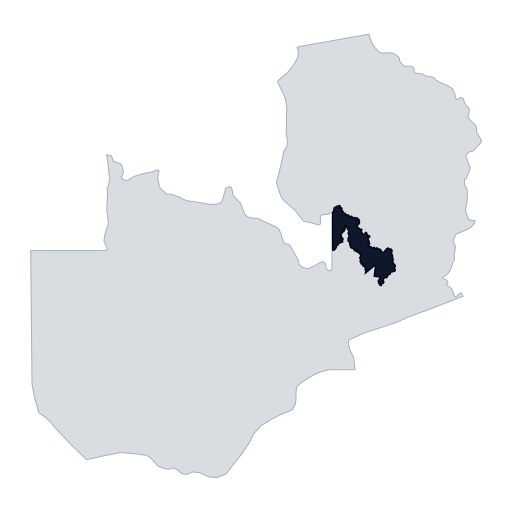 Chitambo, Central, Zambia shown in context
{"feature_id": "96606910B62371668778538", "entity_name": "Chitambo", "entity_type": "district", "adm_level": 2, "iso_a3": "ZMB", "parent_name": "Zambia", "parent_adm1": "Central", "projection": "natural_earth1", "projection_center": [30.302, -12.89], "detail": "fine", "context": "in_parent", "style": "filled", "palette": "ink", "viewbox_px": 512, "rotation_deg": 0, "n_neighbors": 0, "source": "geoboundaries", "source_scale": "gbopen_adm2", "svg_char_len": 9518}
<svg xmlns="http://www.w3.org/2000/svg" viewBox="0 0 512 512"><path d="M355.1,369.6L329.5,369.7L320.2,372.0L312.5,375.6L303.4,381.2L298.2,385.1L296.7,387.3L296.0,392.1L296.0,399.5L295.1,404.8L292.4,409.7L278.5,415.6L269.5,420.4L260.6,426.1L253.9,433.5L249.4,442.6L241.8,453.9L225.9,474.0L216.7,477.8L209.0,476.9L199.6,472.7L192.2,471.9L186.7,474.5L181.7,473.7L177.0,469.5L173.1,468.0L169.9,469.1L165.9,468.9L158.5,466.6L152.0,459.4L148.6,456.4L145.9,455.3L138.2,454.1L120.7,452.5L102.5,456.1L86.5,459.7L70.1,443.7L54.2,426.7L50.9,422.5L44.9,416.8L40.6,414.0L38.9,412.6L34.5,397.5L32.0,383.7L30.7,250.6L102.6,250.6L107.2,250.0L107.4,248.6L104.0,241.5L104.2,239.0L105.0,234.1L108.1,224.5L108.3,221.3L106.8,210.8L106.9,205.0L107.6,193.1L107.1,189.1L108.8,183.8L109.3,180.2L110.0,178.7L109.1,174.7L107.6,160.6L106.7,154.7L111.1,155.6L112.5,158.5L113.3,161.7L115.3,161.8L120.4,163.7L122.2,166.3L123.4,172.0L122.7,174.9L121.1,177.2L122.8,179.3L126.2,180.6L128.2,180.2L133.9,176.4L139.3,174.9L142.0,173.9L153.9,171.4L156.2,170.0L157.9,170.0L159.1,171.1L158.0,175.1L157.7,178.7L159.2,185.4L160.3,188.5L162.8,190.8L164.6,192.0L166.6,194.4L170.7,194.0L179.9,197.4L182.6,199.0L186.5,200.5L189.2,201.1L198.6,202.3L208.5,204.2L213.6,204.4L217.3,203.9L219.8,203.0L221.4,201.9L222.1,200.9L225.8,188.2L227.7,187.2L230.2,186.6L231.6,187.7L233.2,195.7L240.4,203.0L242.9,209.1L244.7,214.3L246.2,215.7L249.0,217.5L253.3,218.1L257.2,218.3L276.5,227.2L278.6,228.8L281.0,233.6L282.4,238.9L284.0,243.1L286.5,244.0L288.7,244.3L290.9,247.2L292.5,249.7L298.3,260.2L299.1,264.4L301.9,267.1L305.6,268.3L309.1,268.5L311.1,267.2L316.0,265.1L319.9,262.6L322.7,261.7L324.3,262.3L325.6,264.0L326.4,269.2L329.2,271.0L331.2,270.3L331.9,268.2L332.0,267.2L331.9,212.5L330.2,212.9L327.9,214.4L322.8,214.6L320.8,215.8L320.2,217.5L320.6,219.8L320.7,222.9L320.0,224.3L317.7,224.9L314.5,223.7L308.6,222.2L303.7,221.2L300.2,217.1L295.5,210.9L292.3,207.8L284.8,201.4L283.5,200.1L281.3,197.0L279.3,191.9L277.4,186.0L276.4,182.2L278.2,176.4L282.6,157.5L283.6,151.6L287.2,145.6L287.5,140.2L286.0,133.4L286.3,129.6L286.8,107.9L285.8,101.0L283.3,93.4L277.9,82.9L277.9,80.6L286.2,73.7L288.7,71.2L293.1,65.6L296.0,60.9L297.9,57.0L298.5,52.1L297.1,47.4L300.0,46.4L368.9,34.2L369.8,37.5L371.9,42.9L374.3,46.8L377.3,50.3L379.8,52.4L381.4,53.0L392.1,52.8L395.9,54.9L399.2,57.6L400.0,61.7L402.2,64.3L404.5,66.4L405.6,66.6L407.3,66.1L410.1,66.1L412.8,67.0L414.0,67.9L414.1,71.4L414.9,72.9L418.5,73.5L422.2,73.8L425.7,76.1L429.5,76.6L433.9,77.5L436.0,80.1L440.7,82.7L446.4,85.0L452.7,88.8L452.9,90.0L453.9,92.3L455.0,93.9L455.1,96.3L455.7,98.5L457.3,99.1L458.6,99.2L459.9,97.6L461.5,97.6L463.4,98.7L464.0,101.2L465.5,104.7L467.8,107.0L469.4,109.3L468.8,113.4L467.8,117.2L471.0,120.9L475.1,124.5L476.2,126.0L476.5,131.3L477.1,133.1L479.9,137.5L481.3,140.4L481.2,142.1L473.6,150.7L469.0,152.1L467.0,153.8L465.8,155.7L468.7,164.3L470.3,167.6L469.0,171.7L466.0,178.7L464.6,179.3L464.4,184.6L465.3,186.5L466.7,188.0L467.3,191.6L467.2,200.5L465.3,210.6L468.6,219.4L469.8,220.3L474.5,220.4L475.3,221.2L474.1,223.7L470.8,227.5L464.9,230.6L456.3,233.9L454.5,237.1L453.4,241.7L454.3,244.4L455.4,246.0L455.1,250.0L454.3,254.3L454.6,257.7L454.2,260.7L453.0,262.1L451.5,266.6L449.7,271.1L448.2,273.2L446.1,275.3L442.7,277.1L442.7,278.0L446.6,280.1L447.5,281.5L447.9,282.5L446.3,284.8L448.1,286.2L450.2,287.3L452.3,290.3L454.6,296.0L455.0,296.6L455.7,296.6L456.9,296.0L459.3,293.7L461.0,292.9L463.1,296.2L427.3,310.1L418.9,313.0L406.3,317.9L402.3,319.7L399.0,321.6L365.7,332.5L360.5,334.6L348.8,340.2L348.4,341.1L348.5,343.6L349.5,348.9L351.6,353.6L353.3,356.4L354.5,363.4L355.1,369.6Z" fill="#d9dde1" stroke="#a8b0b8" stroke-width="1"/><path d="M395.2,269.8L394.6,268.6L394.8,267.3L395.1,266.7L395.2,265.4L394.5,264.7L394.2,264.5L394.0,264.2L393.7,264.2L393.7,263.6L393.5,263.0L393.2,262.9L392.7,262.3L392.4,262.0L392.8,261.1L393.2,259.5L392.9,258.6L392.4,258.5L392.5,257.5L392.2,257.5L392.6,256.1L392.4,255.1L392.2,254.6L391.8,254.3L391.4,253.7L392.1,250.5L391.0,249.1L390.7,248.9L390.3,249.0L389.8,249.4L389.5,249.0L389.1,248.9L388.7,248.6L388.3,249.0L387.9,248.1L387.3,248.7L386.6,248.8L386.4,249.2L385.8,249.7L385.6,250.5L385.1,250.6L385.3,251.0L385.2,251.2L385.0,251.4L384.9,251.9L384.1,252.1L382.5,252.2L382.3,252.4L381.3,251.6L381.1,250.3L380.5,250.0L380.1,249.2L379.0,249.1L378.1,248.8L377.5,248.5L377.2,247.9L376.7,248.0L376.6,248.4L376.4,248.6L375.6,248.8L374.1,247.3L373.7,247.4L372.9,248.2L372.5,248.2L371.3,247.1L370.7,246.7L370.3,246.5L369.2,246.5L368.9,246.3L368.6,245.8L368.5,245.1L369.6,243.8L369.1,243.0L369.2,241.2L368.3,240.4L368.1,239.6L368.4,238.2L368.3,237.6L368.7,237.2L369.8,236.8L369.8,236.3L369.6,236.0L368.0,235.4L367.0,234.6L366.8,233.3L366.2,232.6L365.9,232.5L365.4,232.5L364.9,233.8L364.4,234.2L363.9,234.4L363.0,234.4L362.7,234.1L362.1,232.9L361.7,232.5L361.5,232.0L361.2,231.9L361.3,231.1L361.7,230.2L361.8,229.7L361.3,229.3L360.7,229.3L359.9,229.1L359.6,228.8L359.3,228.8L358.3,227.5L357.5,227.4L356.9,227.1L357.1,226.3L357.8,224.8L359.0,223.9L359.4,223.2L359.3,221.8L359.5,221.2L359.3,220.4L359.0,220.0L358.9,219.5L358.5,219.1L357.8,218.9L357.4,218.1L357.1,217.9L355.5,218.0L355.0,217.9L354.7,217.6L354.4,217.9L354.3,217.7L354.1,217.7L353.8,218.1L353.4,218.2L352.6,217.9L352.6,217.6L352.3,217.1L352.0,216.9L351.8,216.5L351.5,217.1L351.4,216.8L351.0,217.0L350.5,216.7L350.1,216.9L349.9,216.8L350.0,216.7L349.9,216.5L349.5,216.4L349.3,216.1L348.7,216.0L348.7,215.7L348.4,215.8L347.8,215.5L347.9,215.3L348.1,215.4L348.3,215.2L347.6,214.9L347.1,215.1L346.6,214.8L346.4,215.1L346.0,214.4L345.6,214.6L345.3,214.5L345.3,214.3L344.9,214.3L345.0,213.5L344.9,213.5L344.8,213.2L344.7,213.2L344.5,213.7L343.9,213.4L343.2,212.4L343.3,212.0L343.0,211.5L342.8,211.4L342.4,210.9L342.1,211.0L342.0,210.7L341.8,210.7L341.8,210.1L341.7,209.9L341.8,209.4L341.7,209.2L341.9,208.8L341.9,208.4L341.6,208.2L341.5,207.9L340.9,208.0L340.6,207.8L340.5,207.5L340.4,207.4L340.4,207.2L340.2,206.3L339.8,205.6L336.8,206.3L334.6,207.6L334.2,208.0L333.8,209.5L333.8,210.3L333.9,210.6L333.7,211.4L332.7,212.2L332.7,250.1L333.9,250.2L334.9,249.5L336.1,247.7L336.5,246.2L337.1,245.5L338.1,244.8L338.3,244.1L338.6,243.5L338.9,243.3L339.4,242.9L340.8,242.7L341.4,242.3L341.6,242.3L341.7,242.2L341.9,242.2L342.1,242.0L342.3,241.9L342.2,241.8L342.6,241.8L342.6,241.4L342.5,241.5L342.3,241.2L342.0,241.3L341.7,240.9L341.8,240.8L342.1,240.9L341.8,240.3L341.8,239.9L342.0,239.7L342.0,239.4L342.4,239.2L342.4,238.9L342.5,238.9L342.0,238.3L341.7,238.2L341.6,237.8L341.4,237.6L341.5,237.4L342.0,237.6L341.7,237.2L341.6,237.3L341.2,237.0L341.1,236.6L341.4,236.4L341.2,236.2L340.8,236.5L340.5,236.3L340.5,235.9L340.4,235.6L340.8,235.5L341.0,235.1L340.8,234.8L340.9,234.7L340.6,234.7L340.4,234.5L340.6,234.2L340.7,233.9L341.0,233.7L341.2,233.1L341.5,233.0L341.6,232.7L341.8,232.9L342.2,232.8L342.3,232.5L342.1,232.2L342.6,231.8L342.8,232.0L343.0,231.7L343.5,231.7L343.9,231.4L344.1,231.1L343.8,230.6L344.1,230.5L344.3,230.1L344.2,229.6L344.0,229.4L344.4,229.1L344.6,229.1L344.6,229.3L344.9,229.2L344.2,228.6L344.4,228.4L344.8,228.4L344.9,228.1L344.7,227.9L344.8,227.6L345.0,227.5L345.5,227.0L345.4,226.6L345.6,226.3L345.4,226.2L345.3,225.8L345.5,225.8L345.8,225.5L346.4,225.8L346.3,226.1L346.4,226.5L347.0,226.8L347.0,227.0L347.1,226.9L347.5,227.3L347.6,227.6L347.4,227.8L347.7,228.3L347.5,228.7L347.5,229.0L348.1,229.8L348.8,230.0L349.0,230.2L349.0,230.4L348.8,231.2L348.9,231.8L348.9,232.0L348.5,232.2L348.4,232.7L348.4,233.1L348.2,233.3L348.2,233.8L348.5,234.0L348.7,234.5L349.0,234.6L349.4,234.9L349.2,235.2L349.2,235.6L349.0,236.1L349.0,237.0L348.5,237.5L348.3,238.4L348.1,238.7L348.2,238.9L348.0,239.2L348.3,240.1L348.3,240.5L348.1,240.7L348.3,240.9L348.4,241.2L348.6,241.0L349.2,240.9L349.8,241.4L349.7,241.8L349.9,241.8L349.9,242.1L350.2,242.9L350.0,243.4L349.8,243.4L349.8,243.9L349.7,244.3L349.9,244.6L349.9,245.0L350.3,245.4L350.4,246.3L350.7,246.7L350.8,247.1L350.7,247.2L351.1,247.5L351.4,248.0L351.8,248.1L352.2,248.0L353.3,248.6L353.6,248.9L353.8,249.5L354.3,250.2L354.6,250.3L355.0,250.8L355.2,250.5L355.7,250.5L356.0,250.1L356.3,250.1L356.7,250.3L357.1,250.7L356.6,251.5L357.1,251.9L357.3,251.6L357.9,251.6L359.2,253.5L360.4,253.8L360.3,254.1L360.4,254.6L360.8,255.6L359.7,258.0L360.6,258.9L360.5,259.2L360.5,260.3L360.1,261.0L360.2,261.4L360.4,262.3L360.6,262.5L360.9,262.5L361.1,262.8L361.1,263.5L361.3,263.5L361.5,264.0L362.0,263.9L362.4,264.8L362.7,265.0L362.8,264.9L363.0,265.6L363.3,265.9L363.3,266.2L363.6,266.3L364.1,266.2L364.3,266.4L364.5,266.3L364.6,266.7L364.8,266.6L365.0,266.7L365.2,267.4L365.3,267.5L365.3,267.8L365.6,268.0L365.4,268.2L365.5,268.8L365.2,269.0L365.3,269.1L365.3,269.4L365.7,269.6L365.6,270.2L365.9,270.2L365.8,270.8L366.1,271.1L365.9,271.3L365.7,271.7L365.9,272.1L365.7,272.2L365.6,272.4L365.5,273.0L374.7,265.3L375.4,266.7L374.3,276.2L380.4,277.1L379.5,279.1L378.9,279.9L378.2,281.2L378.5,281.4L379.0,281.5L379.0,282.0L378.6,282.8L378.8,283.6L379.0,283.6L379.1,283.8L379.3,283.8L379.5,284.0L379.7,284.3L379.9,284.1L380.2,284.5L380.4,284.4L380.2,284.9L380.4,284.9L380.3,285.1L380.7,285.5L381.1,285.5L381.4,285.3L381.1,284.7L381.1,284.3L382.5,283.4L383.0,283.4L383.4,282.4L383.9,282.0L383.5,281.5L383.3,281.0L383.3,280.2L383.1,279.7L383.9,278.4L385.9,277.0L386.2,277.1L386.5,277.6L387.7,276.1L387.9,275.5L388.6,274.6L389.2,274.1L390.1,274.1L390.5,272.6L390.9,272.1L391.4,271.9L392.3,271.9L392.7,271.2L393.2,271.0L393.8,271.1L394.0,271.4L394.5,271.4L394.9,271.0L394.8,270.3L395.0,269.9L395.2,269.8Z" fill="#0f172a" stroke="#020617" stroke-width="1.5"/></svg>